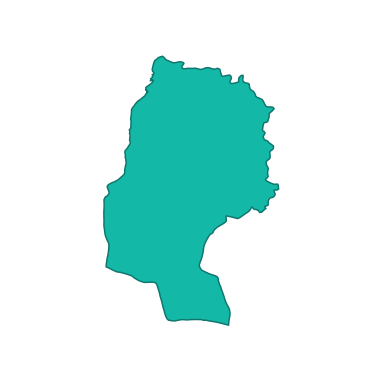 Sithor Kandal, Prey Vêng, Cambodia, rotated 66°
{"feature_id": "14789045B29604176056880", "entity_name": "Sithor Kandal", "entity_type": "district", "adm_level": 2, "iso_a3": "KHM", "parent_name": "Cambodia", "parent_adm1": "Prey Vêng", "projection": "natural_earth1", "projection_center": [105.355, 11.775], "detail": "fine", "context": "isolated", "style": "filled", "palette": "teal", "viewbox_px": 384, "rotation_deg": 66, "n_neighbors": 0, "source": "geoboundaries", "source_scale": "gbopen_adm2", "svg_char_len": 5697}
<svg xmlns="http://www.w3.org/2000/svg" viewBox="0 0 384 384"><g transform="rotate(66 192 192)"><path d="M91.1,116.9L90.1,117.6L89.4,118.4L89.2,119.6L89.0,121.6L87.6,123.5L85.5,125.8L84.7,127.3L84.1,129.4L84.1,131.7L83.8,133.7L82.6,135.6L80.9,137.6L80.1,139.0L79.3,141.3L78.5,143.0L77.1,146.1L76.6,148.3L75.9,149.6L75.0,150.4L73.9,150.3L72.9,150.0L71.9,147.9L71.1,147.0L70.3,147.3L69.4,148.1L69.0,148.7L68.6,149.3L68.1,150.0L67.5,152.4L66.8,155.9L65.2,157.8L63.9,158.9L62.3,160.4L61.3,161.4L60.2,162.2L59.3,162.4L58.4,162.6L57.8,162.8L57.1,163.1L55.9,163.9L55.8,165.2L55.6,166.4L55.7,167.1L55.5,168.2L56.1,169.3L56.4,170.8L56.9,172.7L58.3,174.2L60.5,176.0L61.9,177.1L63.7,178.4L64.9,178.8L66.0,178.8L67.3,178.3L68.2,178.5L68.5,179.0L68.7,180.5L69.6,180.2L70.3,181.3L71.3,181.8L71.6,182.5L71.6,183.4L72.7,183.1L72.7,184.1L73.4,184.6L73.8,183.4L73.9,182.2L74.6,182.0L75.7,183.7L76.4,185.2L76.7,187.1L77.3,189.4L77.3,190.6L77.9,191.7L79.1,192.3L79.7,192.8L80.3,192.7L80.7,191.7L81.6,192.3L82.2,192.7L82.7,191.8L83.1,193.1L84.0,194.7L85.0,196.0L85.2,196.9L85.8,199.2L86.2,200.5L86.7,202.8L87.0,204.7L88.4,207.7L89.3,209.1L90.4,211.1L91.2,212.6L92.3,213.8L93.8,214.5L94.6,214.9L96.9,216.2L99.0,217.5L100.7,218.6L102.6,218.8L103.8,219.5L104.8,220.0L105.4,220.3L106.1,220.6L106.9,220.9L107.6,221.5L108.9,221.9L109.3,222.8L109.4,223.6L109.9,224.1L110.6,224.0L111.3,224.2L112.0,224.6L113.3,225.3L114.4,225.5L115.1,225.5L115.7,225.7L116.5,226.4L117.2,226.8L118.3,227.4L119.4,228.0L120.4,228.0L121.6,228.2L122.4,228.8L123.3,229.7L124.2,231.2L124.8,231.9L125.2,232.7L125.8,233.5L126.3,234.6L126.8,236.0L127.7,236.8L129.5,237.5L130.9,237.8L131.9,238.1L133.3,239.1L134.4,238.9L135.2,239.1L137.1,239.9L138.9,240.4L140.7,241.8L141.3,242.3L143.1,243.6L144.7,244.6L146.7,245.4L148.3,246.9L149.3,249.6L149.5,250.5L149.8,251.4L150.8,254.5L151.1,257.5L151.0,261.8L151.3,265.5L152.4,267.2L154.2,267.6L156.2,267.6L158.3,267.8L159.6,268.4L161.0,270.7L161.2,271.4L161.2,273.0L162.6,274.8L163.3,275.6L164.6,276.1L167.6,277.3L170.6,278.7L173.9,280.4L176.2,281.5L177.6,282.0L179.3,282.8L180.9,283.4L182.3,284.0L185.1,285.3L187.3,286.3L189.5,286.9L192.6,287.8L195.7,288.7L198.2,289.0L201.3,289.1L202.9,289.0L205.1,289.0L205.7,289.2L207.0,289.6L209.9,291.1L212.3,292.5L215.2,294.3L217.8,296.3L220.3,297.9L223.0,299.6L224.4,300.4L225.5,300.9L226.5,299.9L228.1,298.5L231.0,296.2L234.1,293.5L236.8,289.4L239.2,286.5L242.3,283.0L244.4,280.9L246.8,279.8L248.0,279.0L249.2,278.2L251.3,276.6L253.4,274.5L255.0,272.6L255.9,270.7L256.5,269.2L257.5,266.5L258.7,264.0L260.2,262.3L261.4,261.8L263.2,261.9L265.6,262.1L267.5,262.4L269.3,262.6L271.4,262.9L274.3,263.5L276.8,263.8L280.1,264.3L283.1,264.8L285.5,265.3L288.8,265.7L291.7,266.2L295.5,266.5L297.5,266.4L299.4,265.7L301.0,263.4L302.0,261.8L303.0,259.4L303.6,256.3L304.4,253.4L305.3,251.4L306.8,248.7L308.0,245.3L309.0,242.8L310.2,240.1L311.2,237.8L312.3,235.5L314.0,233.4L314.6,231.7L315.4,230.6L317.3,227.9L320.2,223.5L321.9,221.1L323.6,218.9L328.5,212.8L326.9,211.9L324.8,210.7L323.0,209.6L321.7,208.6L319.8,207.3L318.7,206.8L316.7,206.1L315.5,205.8L313.8,205.5L311.9,205.6L308.5,205.9L305.0,205.8L302.5,205.6L300.1,205.2L298.3,205.1L296.4,204.9L294.2,204.8L292.2,204.6L290.0,204.3L287.9,204.4L285.7,204.2L284.2,204.0L282.6,203.6L281.5,203.2L279.9,203.4L278.3,204.5L276.7,206.3L275.4,207.7L273.6,209.6L272.3,210.8L270.4,212.4L269.0,213.6L267.1,215.1L265.3,215.4L263.6,215.5L261.7,215.1L260.3,213.9L258.1,211.8L255.9,209.7L252.8,207.3L250.3,205.6L247.0,203.6L245.7,202.5L244.2,201.0L243.1,199.8L241.4,197.7L240.3,196.2L239.8,195.5L238.9,194.3L238.3,193.1L238.0,191.3L237.8,189.7L236.7,188.4L235.7,187.2L234.5,183.7L234.1,180.6L233.8,177.7L233.6,176.0L233.1,174.0L232.5,172.5L230.7,171.7L228.9,171.2L228.0,170.9L228.0,170.0L229.2,168.3L230.6,166.5L232.7,163.7L234.4,161.8L234.8,161.0L234.8,158.5L234.5,157.0L233.9,154.1L233.5,151.9L233.1,149.4L232.7,147.7L231.9,146.1L230.9,144.8L230.1,143.8L230.7,143.0L232.4,142.8L233.3,141.8L234.4,140.2L235.8,139.0L238.2,138.5L238.8,136.6L238.4,135.6L238.2,135.0L237.6,133.1L237.4,132.4L237.1,131.2L235.6,131.6L234.8,131.3L235.0,129.4L235.0,128.0L233.8,127.1L231.5,126.2L230.5,125.4L229.7,124.1L229.3,123.2L229.2,122.2L229.8,120.6L229.6,119.6L229.2,118.6L228.9,117.9L228.4,117.3L228.0,117.0L227.1,116.8L225.6,116.7L224.4,116.6L223.7,116.2L223.8,115.6L224.8,113.6L224.5,111.6L223.9,111.5L222.4,111.0L221.1,110.6L219.9,110.4L219.3,111.3L218.3,114.0L216.3,116.0L214.1,117.9L212.1,119.4L210.9,119.8L210.1,119.5L209.5,117.3L208.6,116.0L206.2,115.6L204.1,114.6L202.8,113.5L201.5,112.8L200.0,112.7L197.9,112.9L196.4,112.7L195.1,112.2L194.5,111.6L193.9,111.0L193.5,108.8L193.1,107.5L192.5,106.8L190.9,106.0L189.3,105.5L187.9,104.9L186.6,104.2L186.2,102.2L185.7,100.5L185.0,99.8L183.3,98.9L182.8,99.0L181.4,99.8L179.6,100.8L178.8,101.4L178.1,101.7L176.5,102.1L175.3,102.9L174.5,104.1L173.5,104.6L171.6,104.6L170.2,104.3L169.0,102.8L168.0,101.3L166.5,101.4L165.1,102.3L164.4,102.5L163.0,101.8L161.3,100.7L160.2,100.0L159.2,99.2L158.2,98.3L158.2,97.3L158.6,95.4L158.3,94.0L156.8,92.8L155.2,91.3L153.1,90.2L151.7,89.7L150.7,86.2L149.8,83.9L149.1,83.1L147.9,83.5L146.9,84.4L145.6,87.0L144.9,88.7L143.4,89.6L141.0,89.9L138.8,89.9L136.6,90.1L135.4,90.8L133.3,92.7L132.0,94.1L130.4,94.8L128.7,94.5L126.9,94.6L125.1,95.0L123.8,95.9L121.9,97.0L120.2,96.9L118.1,96.3L116.7,95.9L115.4,96.7L114.1,98.6L113.3,99.6L111.4,100.3L109.1,99.6L107.2,98.1L106.0,98.1L105.6,99.7L106.2,101.4L106.6,102.4L107.1,103.0L108.2,103.5L110.3,104.6L110.2,106.8L109.5,110.4L108.8,111.9L108.0,112.8L106.2,112.2L104.4,109.9L102.1,109.3L100.5,110.0L99.5,113.6L99.2,116.1L98.3,117.5L96.6,117.4L93.8,117.2L91.7,116.6L91.1,116.9Z" fill="#14b8a6" stroke="#0f766e" stroke-width="1.5"/></g></svg>